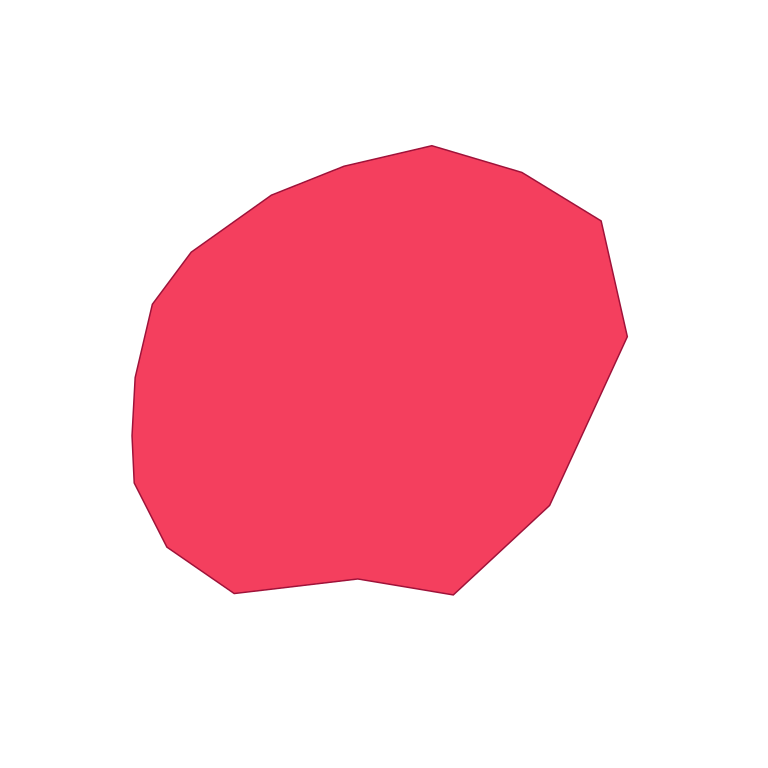 the district of Bena-Dibele, Kasaï-Oriental, Democratic Republic of the Congo, rotated 243°
{"feature_id": "63176286B9358277012481", "entity_name": "Bena-Dibele", "entity_type": "district", "adm_level": 2, "iso_a3": "COD", "parent_name": "Democratic Republic of the Congo", "parent_adm1": "Kasaï-Oriental", "projection": "equal_earth", "projection_center": [22.911, -4.227], "detail": "fine", "context": "isolated", "style": "filled", "palette": "rose", "viewbox_px": 768, "rotation_deg": 243, "n_neighbors": 0, "source": "geoboundaries", "source_scale": "gbopen_adm2", "svg_char_len": 375}
<svg xmlns="http://www.w3.org/2000/svg" viewBox="0 0 768 768"><g transform="rotate(243 384 384)"><path d="M222.2,272.1L164.6,350.0L200.6,476.4L315.7,622.3L430.7,651.5L509.9,602.9L574.6,534.8L596.2,447.2L603.4,369.4L589.0,272.1L560.2,213.8L502.7,165.2L452.3,136.0L409.2,116.5L337.2,116.5L265.3,155.4L222.2,272.1Z" fill="#f43f5e" stroke="#9f1239" stroke-width="1.5"/></g></svg>